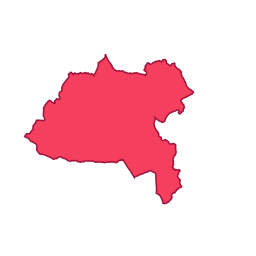 Demba, Kasaï-Occidental, Democratic Republic of the Congo (Albers equal-area conic projection), rotated 133°
{"feature_id": "63176286B65160793690884", "entity_name": "Demba", "entity_type": "district", "adm_level": 2, "iso_a3": "COD", "parent_name": "Democratic Republic of the Congo", "parent_adm1": "Kasaï-Occidental", "projection": "albers", "projection_center": [22.217, -5.237], "detail": "fine", "context": "isolated", "style": "filled", "palette": "rose", "viewbox_px": 256, "rotation_deg": 133, "n_neighbors": 0, "source": "geoboundaries", "source_scale": "gbopen_adm2", "svg_char_len": 5883}
<svg xmlns="http://www.w3.org/2000/svg" viewBox="0 0 256 256"><g transform="rotate(133 128 128)"><path d="M152.4,48.0L151.0,47.8L150.8,48.0L149.0,48.3L148.6,48.6L147.8,50.2L147.3,50.5L145.3,50.9L144.7,50.7L144.4,50.1L144.1,50.2L143.5,49.6L142.8,49.7L142.0,50.2L141.4,49.8L140.0,50.3L139.2,49.8L138.7,49.7L137.8,49.9L136.9,49.9L136.2,49.2L134.9,48.9L134.5,48.7L134.1,49.3L133.6,51.6L132.9,52.5L132.4,53.2L131.4,53.8L130.6,54.1L130.4,54.6L130.3,56.2L129.9,58.1L129.6,58.6L128.9,59.3L128.1,59.7L127.3,59.8L125.7,60.6L123.9,60.7L123.6,61.1L123.7,61.9L123.8,62.4L124.6,62.5L125.0,62.8L125.7,64.8L126.7,64.8L126.8,65.6L126.6,66.0L127.0,66.6L126.3,67.3L126.4,69.0L124.2,69.5L123.5,70.0L122.3,71.5L121.2,72.2L120.4,73.7L119.7,74.2L117.5,74.8L116.9,75.3L116.0,75.0L115.0,75.1L113.8,75.9L113.2,76.1L112.5,76.6L111.8,77.9L110.0,79.5L109.0,80.8L108.5,80.9L107.7,82.0L108.1,83.5L108.5,84.4L109.4,84.8L110.0,85.3L110.7,85.9L111.1,86.6L111.0,87.6L110.6,88.8L110.5,90.1L110.9,92.5L111.7,93.0L112.7,93.5L113.3,93.8L113.9,94.4L113.8,94.8L113.6,95.9L112.9,96.5L112.4,97.2L112.2,97.5L112.7,98.5L112.8,99.9L112.4,100.6L111.1,101.8L110.8,102.7L110.2,106.0L109.3,109.0L108.9,109.3L107.7,111.3L106.9,112.2L103.5,113.8L102.2,114.8L102.0,115.2L101.7,111.0L101.1,108.6L100.1,106.3L98.8,106.0L98.0,105.9L97.4,106.0L95.7,106.9L93.3,107.5L92.2,107.6L90.8,107.7L89.6,107.7L88.6,107.5L87.2,106.9L85.6,106.3L82.0,104.4L81.0,104.1L80.4,103.5L80.4,102.8L80.8,102.2L81.7,102.0L82.3,101.7L82.6,101.1L82.6,100.1L82.3,99.8L81.9,99.5L80.4,99.5L80.0,99.6L79.5,99.6L78.3,99.2L77.7,99.3L76.6,100.4L76.2,100.5L74.7,100.6L74.2,101.7L73.5,102.2L73.1,102.9L73.0,104.5L72.6,105.4L72.8,106.5L71.8,108.1L70.0,108.2L69.5,108.0L68.9,107.9L68.3,107.6L66.8,107.2L66.2,106.9L65.5,106.3L65.0,106.3L64.4,106.1L63.1,105.6L60.4,104.8L59.7,104.4L59.0,104.3L57.9,104.3L57.3,104.4L57.0,106.2L57.2,107.7L57.7,109.8L57.6,112.6L57.3,114.1L55.5,117.0L55.0,118.7L53.7,121.8L53.8,122.4L53.0,124.7L50.6,127.5L50.3,130.5L50.8,132.3L50.8,134.3L50.6,135.7L50.2,136.7L48.9,137.7L48.8,138.3L49.4,138.5L51.1,139.6L52.0,139.8L52.6,139.3L53.4,139.5L54.0,140.2L53.9,141.5L54.4,143.8L53.0,145.6L52.7,146.6L52.7,147.4L53.3,148.3L54.4,148.9L55.6,149.0L56.5,148.6L56.9,148.7L57.4,151.1L57.8,151.5L59.3,151.9L60.2,153.2L60.6,153.4L62.1,153.4L62.8,154.1L64.9,154.3L65.7,154.7L66.3,155.4L66.3,156.8L66.5,157.6L67.3,158.1L69.0,157.8L70.8,157.7L71.4,157.5L72.2,156.0L73.2,156.1L74.3,156.0L74.7,155.6L74.8,154.4L74.2,153.3L74.4,152.6L74.9,152.2L75.4,151.8L77.7,151.2L77.6,151.8L78.4,153.5L79.4,154.3L79.6,155.0L80.7,156.8L81.2,158.5L81.8,159.3L83.7,161.1L85.1,161.9L86.7,164.2L87.9,164.9L88.7,167.2L89.7,169.0L89.8,170.7L90.3,171.5L91.1,171.8L91.6,172.2L92.0,173.1L92.4,173.7L93.7,174.6L94.2,175.8L94.5,177.9L94.5,178.9L94.3,180.1L93.3,182.6L92.6,185.3L92.4,187.4L91.3,190.7L90.0,193.9L89.3,194.9L91.8,193.1L92.6,192.9L93.4,192.9L94.1,193.0L97.2,193.3L99.1,194.0L100.4,194.1L101.1,193.8L102.0,193.0L102.5,192.4L103.4,191.7L104.6,191.4L105.6,190.9L106.8,190.5L108.6,189.9L109.7,189.4L110.8,189.4L111.4,189.3L112.4,189.0L113.1,188.6L112.8,191.2L113.0,191.7L114.1,192.0L115.2,193.5L115.0,194.5L115.1,194.9L116.2,195.2L116.5,195.6L116.6,195.9L116.3,196.1L116.8,196.7L116.9,197.4L119.2,198.2L119.6,199.3L119.6,200.1L119.8,200.4L120.4,200.4L120.7,200.8L121.8,200.8L121.7,200.9L121.8,201.3L123.8,202.8L124.0,203.6L123.9,204.1L124.0,204.4L124.7,204.5L125.2,204.7L125.9,204.3L126.3,204.4L126.3,205.6L126.0,206.7L126.1,207.6L126.7,208.1L127.8,207.7L128.2,207.8L128.5,208.1L129.4,208.2L129.8,207.3L130.4,206.4L131.4,205.9L134.2,205.8L135.6,205.6L136.8,205.6L138.4,205.4L141.4,204.9L143.3,204.0L144.0,203.6L144.9,202.6L145.6,202.1L146.0,201.8L147.7,202.3L148.6,202.3L149.5,202.1L151.7,200.0L152.2,199.0L152.4,198.3L152.8,197.7L153.3,197.5L153.9,197.5L154.4,198.1L154.4,199.1L155.0,199.9L156.9,200.0L158.3,200.0L158.7,199.8L159.0,199.3L159.1,198.7L159.4,198.3L159.8,198.3L160.3,198.9L160.8,200.8L161.1,203.9L161.5,204.3L161.8,204.5L163.0,204.6L164.8,204.6L167.5,204.3L168.3,204.0L169.7,203.8L170.7,203.6L171.3,203.1L172.7,201.6L176.6,198.5L177.2,197.5L177.3,196.5L178.1,195.1L178.5,194.7L179.8,194.5L184.5,200.1L186.1,199.8L186.6,199.4L187.2,199.4L187.8,199.0L190.6,199.1L191.3,198.5L191.9,198.4L192.4,197.7L194.1,196.6L195.1,196.7L195.8,196.4L196.9,196.6L198.2,196.1L199.9,196.6L201.4,198.3L204.6,197.9L204.4,195.9L203.6,194.7L203.4,193.7L204.0,190.5L204.0,189.6L203.1,188.6L203.3,188.1L203.1,187.3L202.4,184.4L202.5,183.6L203.3,182.3L204.8,181.0L205.7,180.5L206.4,179.6L207.1,176.5L207.2,175.2L207.0,174.4L206.7,173.9L205.6,172.7L204.3,170.3L203.4,167.2L202.5,165.1L201.8,161.7L201.2,160.7L199.9,160.3L199.1,159.3L196.2,158.7L195.4,158.2L194.7,157.0L194.4,154.9L193.2,152.8L192.8,149.6L192.1,148.5L191.7,147.5L190.0,146.7L189.0,145.1L188.5,145.2L188.2,145.0L187.3,143.8L186.8,141.5L185.9,140.7L185.7,139.6L185.0,139.1L183.6,138.6L183.4,138.1L182.8,137.1L181.5,136.9L180.2,135.9L179.8,135.0L177.2,132.4L176.1,131.1L175.9,130.1L175.5,129.7L175.4,128.9L174.9,128.0L174.2,127.8L173.3,126.6L171.7,125.2L171.0,123.8L170.6,123.7L170.3,123.3L170.3,122.8L169.9,122.6L169.3,121.6L168.7,121.0L166.7,119.7L166.0,118.4L165.0,118.3L164.7,118.1L164.5,117.3L163.2,115.8L162.4,115.2L161.6,113.1L161.1,112.8L159.8,112.6L159.3,112.4L158.5,112.6L158.1,112.3L157.6,112.3L156.9,111.6L156.4,111.6L156.0,110.6L155.7,110.3L154.8,110.7L154.5,110.4L156.7,102.2L157.4,99.2L157.8,96.6L158.9,92.8L159.3,91.6L159.5,90.5L160.0,89.5L159.0,89.6L157.2,88.9L156.3,88.2L153.6,87.4L151.3,85.9L149.4,85.3L147.2,84.0L146.0,83.4L144.8,83.3L143.8,82.7L143.5,80.7L142.7,78.7L142.5,77.9L142.5,77.1L142.8,76.0L143.8,75.2L146.9,72.0L149.1,69.9L150.9,67.8L152.6,66.2L153.6,65.0L154.7,64.2L156.5,62.8L156.2,61.9L155.7,60.9L155.7,59.1L155.8,57.5L157.8,53.0L159.1,51.0L158.7,50.9L158.7,50.2L157.8,49.2L156.8,48.8L156.2,48.7L155.5,48.0L154.5,48.2L153.7,47.8L152.4,48.0Z" fill="#f43f5e" stroke="#9f1239" stroke-width="1.5"/></g></svg>